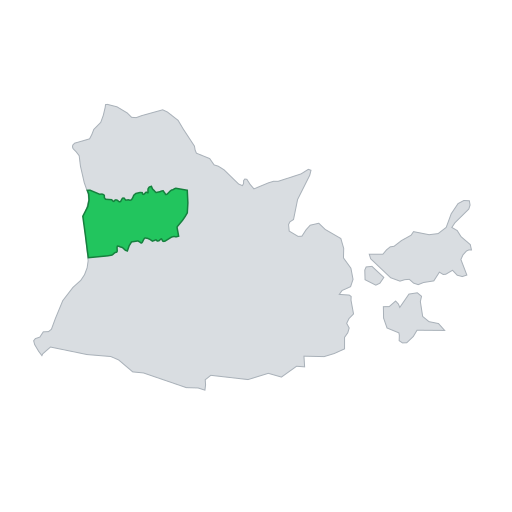 Estonia, with Tartu highlighted, rotated 185°
{"feature_id": "EST-1659", "entity_name": "Tartu", "entity_type": "County", "adm_level": 1, "iso_a3": "EST", "parent_name": "Estonia", "parent_adm1": "", "projection": "orthographic", "projection_center": [26.767, 58.415], "detail": "fine", "context": "in_parent", "style": "filled", "palette": "green", "viewbox_px": 512, "rotation_deg": 185, "n_neighbors": 0, "source": "natural_earth", "source_scale": "10m", "svg_char_len": 4167}
<svg xmlns="http://www.w3.org/2000/svg" viewBox="0 0 512 512"><g transform="rotate(185 256 256)"><path d="M419.1,393.7L417.3,394.1L407.5,392.5L396.8,387.3L392.0,383.3L387.4,383.4L381.8,386.0L361.7,393.5L356.8,391.7L345.4,384.3L339.6,376.2L326.9,360.1L325.9,356.3L324.3,353.2L310.6,349.0L305.7,343.1L301.5,342.2L295.4,339.1L279.6,326.2L275.7,324.9L274.7,327.0L274.9,330.0L273.9,331.7L271.8,331.6L268.2,326.9L263.9,322.7L249.9,330.0L244.9,332.0L240.5,332.3L218.3,341.7L211.4,346.9L208.7,346.2L209.5,341.1L219.5,315.9L221.8,295.6L225.2,293.0L226.3,290.2L225.1,283.7L215.8,279.2L212.0,279.7L208.4,286.5L204.7,291.4L196.3,294.1L189.4,288.5L173.0,280.8L169.3,271.2L168.7,261.7L160.4,252.1L157.3,241.2L159.1,233.7L167.2,229.2L169.7,225.0L159.7,225.2L157.7,224.0L157.5,220.2L153.8,206.8L157.9,201.8L159.8,196.8L156.9,192.4L157.9,187.5L160.7,182.7L159.7,171.2L169.7,165.6L179.4,161.7L199.5,160.4L197.9,149.8L206.0,149.7L220.1,137.6L233.5,140.2L253.2,132.2L290.6,133.2L295.8,128.3L295.0,123.2L295.2,117.9L302.2,119.5L314.0,118.8L357.9,129.7L368.7,129.8L383.8,140.5L391.9,143.2L415.8,143.1L452.8,147.4L459.9,140.0L460.6,138.1L464.2,142.1L468.8,148.5L470.1,152.2L468.6,154.5L464.2,156.4L463.2,158.4L461.3,161.9L456.1,162.6L453.4,165.2L450.4,176.3L444.6,194.7L435.6,208.8L428.4,216.5L425.2,222.4L423.2,229.5L422.8,236.6L430.3,275.3L430.3,282.3L428.7,289.6L427.6,296.9L428.6,303.3L433.5,314.1L438.7,330.2L440.9,340.5L444.3,344.2L447.6,347.0L448.3,348.7L448.2,350.5L446.5,352.6L432.0,358.2L430.1,362.8L428.6,368.0L422.3,375.6L420.4,382.7L419.2,390.8L419.1,393.7ZM96.6,242.7L101.2,246.1L105.7,245.4L110.4,243.5L120.0,246.1L141.5,263.2L143.3,267.6L129.8,268.8L126.5,273.5L123.1,276.8L119.3,277.7L112.4,284.1L103.3,290.2L101.2,294.0L85.4,292.3L76.5,294.2L69.0,301.1L65.2,315.1L59.3,325.8L53.8,329.4L48.3,329.6L47.2,325.4L48.1,321.3L60.7,306.5L63.4,301.5L57.8,298.9L53.4,293.1L43.5,286.0L41.9,280.8L44.5,280.6L46.8,279.3L49.9,275.2L51.6,270.4L44.3,255.4L48.7,253.5L53.9,254.4L59.0,258.9L65.3,254.4L67.9,253.9L71.9,255.9L76.7,246.7L86.8,244.2L91.9,241.6L96.6,242.7ZM118.9,217.2L113.0,223.3L109.9,220.5L108.3,217.3L100.3,231.4L92.1,233.4L87.6,230.3L88.3,224.9L84.7,210.3L78.0,205.7L68.3,204.6L61.6,198.3L89.1,196.1L92.3,189.5L98.3,182.7L102.5,182.2L106.0,184.1L106.3,189.6L107.0,191.9L119.2,195.7L123.5,205.3L124.7,216.6L118.9,217.2ZM145.3,254.7L139.6,255.8L126.8,245.8L130.2,239.7L134.1,237.4L145.3,241.9L146.4,251.5L145.3,254.7Z" fill="#d9dde1" stroke="#a8b0b8" stroke-width="1"/><path d="M422.9,239.7L424.4,246.3L427.9,262.4L432.0,280.5L427.9,290.5L427.2,297.1L428.1,303.2L429.8,306.7L427.1,307.1L416.9,303.8L415.8,304.2L415.2,304.2L414.5,304.2L413.7,304.0L413.0,303.7L412.4,303.1L412.1,300.8L410.8,299.4L404.8,299.5L403.7,298.7L403.2,298.1L402.9,298.0L402.4,298.0L401.3,299.4L400.5,299.7L399.1,299.5L397.2,298.2L396.4,298.1L395.6,298.6L394.5,301.1L394.1,301.8L393.9,302.0L392.5,302.2L390.7,300.3L387.6,300.9L387.1,300.6L386.3,300.5L385.6,300.8L384.8,301.4L383.7,303.7L383.1,305.8L381.2,307.8L377.0,309.2L374.9,309.2L374.7,308.7L374.0,307.6L373.4,307.6L372.6,308.1L371.8,309.2L371.2,309.9L370.5,310.0L369.4,309.5L369.1,309.6L369.1,310.3L369.3,311.4L369.4,312.5L369.3,313.7L368.7,314.8L368.3,315.4L366.3,316.3L365.1,314.1L364.5,313.3L363.1,312.3L362.4,311.5L361.1,310.5L357.2,311.7L356.2,312.3L354.9,312.7L354.2,312.9L352.8,311.2L352.2,310.6L351.4,309.4L350.6,309.5L349.7,310.1L347.0,313.4L345.8,314.4L344.6,314.7L343.1,315.9L341.8,316.5L330.2,315.5L328.5,302.9L328.2,293.0L330.0,289.2L332.4,285.0L337.0,278.4L337.1,277.4L334.8,269.0L337.3,268.1L339.3,268.3L340.7,267.9L341.9,267.4L347.9,262.9L349.2,262.5L350.2,262.7L350.7,263.4L351.2,264.3L351.7,264.8L352.5,264.4L354.0,262.7L355.7,262.3L356.9,263.4L357.3,263.4L358.2,262.8L360.5,261.8L362.9,263.2L365.4,264.1L367.9,264.3L368.2,264.2L368.5,264.0L369.3,262.8L370.4,259.9L371.1,259.0L371.8,259.0L372.6,259.6L375.0,260.7L381.2,259.2L383.2,255.3L384.6,249.8L386.6,250.3L389.8,252.8L392.4,253.3L393.2,253.7L394.9,253.8L395.2,252.5L394.7,248.9L394.9,248.0L395.3,247.6L395.8,247.5L396.5,247.2L397.3,246.6L398.4,245.4L399.2,244.6L400.1,244.2L403.9,243.2L422.9,239.7L422.9,239.7Z" fill="#22c55e" stroke="#15803d" stroke-width="1.5"/></g></svg>